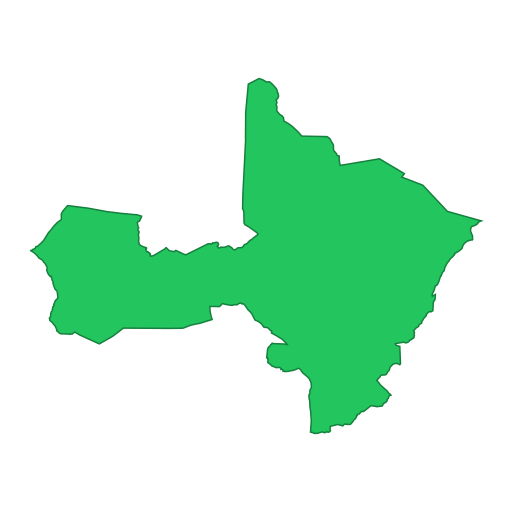 outline of Cherán, Michoacán, Mexico
{"feature_id": "50627088B24017538060106", "entity_name": "Cherán", "entity_type": "district", "adm_level": 2, "iso_a3": "MEX", "parent_name": "Mexico", "parent_adm1": "Michoacán", "projection": "orthographic", "projection_center": [-101.993, 19.739], "detail": "fine", "context": "isolated", "style": "filled", "palette": "green", "viewbox_px": 512, "rotation_deg": 0, "n_neighbors": 0, "source": "geoboundaries", "source_scale": "gbopen_adm2", "svg_char_len": 6017}
<svg xmlns="http://www.w3.org/2000/svg" viewBox="0 0 512 512"><path d="M310.5,432.1L311.5,432.4L312.5,432.4L313.6,433.2L314.9,433.5L316.1,433.3L317.7,433.3L321.6,432.0L322.9,432.1L324.4,432.7L325.5,432.5L326.6,431.8L328.1,432.2L329.0,432.1L329.9,431.5L330.4,430.7L330.0,428.7L330.3,427.1L330.2,426.5L330.9,426.2L337.7,424.5L342.8,425.9L344.4,424.1L349.4,424.5L350.8,424.0L352.8,421.7L354.0,419.7L355.1,419.0L355.7,418.3L356.0,417.4L356.5,416.9L356.6,415.6L357.2,415.5L357.5,414.6L357.8,414.6L358.2,414.1L359.4,413.9L360.6,412.3L362.1,411.3L363.1,411.6L364.3,411.0L370.9,405.7L375.7,406.4L376.8,406.7L382.3,406.0L383.3,403.8L385.7,402.3L386.6,401.5L387.1,400.8L387.0,399.8L388.2,398.5L389.1,396.1L389.9,395.4L390.9,395.2L390.1,394.1L388.3,392.8L387.6,391.4L380.2,384.8L379.6,383.7L376.7,380.2L377.5,379.7L378.5,378.3L380.1,376.9L380.6,375.7L380.9,375.4L382.5,374.9L383.9,375.1L386.2,374.5L387.9,371.6L389.0,370.6L390.2,367.1L393.2,364.0L395.5,363.5L397.3,363.5L399.8,364.7L400.5,363.8L399.8,346.3L398.6,346.1L396.2,345.3L395.4,344.3L395.3,343.6L403.7,342.2L405.2,342.8L406.6,342.8L408.8,341.7L409.9,340.1L410.9,339.9L412.1,339.0L412.3,338.5L413.7,338.1L414.4,335.5L414.0,334.7L414.0,334.2L414.4,333.5L414.4,332.7L414.3,331.9L413.8,331.3L413.8,330.6L416.3,327.8L418.4,326.6L418.7,326.1L418.8,325.2L420.6,323.7L421.6,323.2L421.9,321.2L422.6,320.5L423.5,318.7L425.9,316.1L426.2,315.5L426.4,314.4L428.5,312.1L429.4,311.7L431.1,311.8L432.9,310.7L433.2,303.4L433.6,301.5L434.8,300.1L435.1,298.5L435.4,294.5L432.3,296.2L432.1,295.1L432.5,293.7L434.5,289.4L434.6,288.1L435.5,285.9L437.1,285.0L437.8,283.9L438.9,281.3L440.3,276.9L440.6,276.3L441.3,275.8L441.4,275.1L442.4,272.5L444.2,270.6L444.7,268.1L445.1,267.0L447.1,263.2L448.8,261.2L450.3,258.9L450.9,258.2L451.9,257.5L454.1,255.1L454.6,254.3L454.7,253.5L458.8,251.2L460.8,249.6L462.1,248.3L462.8,245.8L464.4,243.4L467.1,241.2L470.9,240.0L472.3,240.0L472.7,239.4L472.5,238.2L472.6,236.2L470.7,231.4L470.5,230.4L470.9,228.0L471.4,227.0L472.4,226.3L474.4,225.7L476.9,224.3L479.1,221.7L481.3,220.9L447.4,211.4L422.8,185.2L401.7,177.1L404.4,173.7L379.5,158.8L340.2,165.4L339.4,161.4L339.1,155.9L337.9,155.8L337.0,155.3L336.4,153.6L333.8,150.6L333.5,149.6L333.5,146.1L333.1,144.3L331.6,141.9L329.9,138.7L329.1,138.0L327.0,136.6L301.8,136.1L298.3,132.1L292.0,126.2L288.3,123.5L283.8,121.0L283.7,119.3L283.4,117.5L281.9,115.7L279.5,114.2L276.7,110.7L277.0,106.6L276.1,105.2L276.2,104.2L276.8,103.1L276.9,102.2L276.1,99.8L277.7,98.5L278.6,96.2L278.1,93.5L277.1,91.2L277.0,90.1L276.2,88.5L272.3,84.1L269.7,81.9L268.4,81.7L266.7,82.1L263.2,80.0L259.1,78.5L248.3,84.1L245.7,112.4L245.5,138.1L245.6,140.2L242.9,193.9L242.6,208.7L243.4,210.3L243.9,212.3L244.0,222.7L244.4,223.7L245.0,224.7L248.8,226.9L256.8,232.6L258.0,234.1L257.1,235.2L254.9,236.7L251.8,239.4L249.7,240.6L246.9,243.7L244.4,244.6L243.6,245.6L243.5,246.5L242.6,246.9L241.9,247.6L238.2,247.8L237.1,248.2L236.1,249.3L234.7,249.9L232.9,249.2L231.5,247.4L230.9,247.4L229.1,245.9L227.8,246.0L224.5,247.3L220.4,247.2L219.7,247.9L219.2,248.1L218.3,247.8L218.0,247.1L217.2,246.3L218.2,245.5L218.6,244.4L218.4,243.6L217.8,242.6L217.2,242.4L216.4,242.3L215.8,242.6L215.2,242.4L213.9,243.0L212.5,242.8L211.9,244.1L209.6,243.7L207.7,243.9L206.7,244.5L186.3,254.6L185.6,254.7L183.8,254.2L175.9,250.4L175.5,250.5L175.3,251.0L173.9,251.6L169.7,250.8L169.2,250.6L166.4,247.8L165.9,247.7L164.9,248.9L153.7,255.5L152.6,255.9L150.3,256.1L150.0,254.9L150.4,254.4L150.4,253.9L149.5,253.0L148.1,252.1L147.8,251.6L147.0,251.8L146.2,250.9L145.8,249.2L146.4,248.8L146.5,248.1L146.4,247.8L145.8,247.4L145.3,247.5L141.7,246.1L139.2,244.4L139.1,242.9L138.7,242.1L138.6,241.0L138.8,240.0L138.9,237.8L138.4,235.4L138.7,233.6L138.5,233.0L139.1,232.2L138.9,231.2L138.1,230.5L137.9,230.0L138.0,229.0L138.7,227.9L138.0,226.7L137.9,225.5L137.4,223.4L137.5,222.3L138.1,221.6L139.4,221.2L140.5,219.2L141.6,216.4L141.2,216.0L137.0,214.8L121.5,213.4L107.4,211.7L87.7,208.1L67.6,205.6L62.9,211.0L61.2,214.2L61.4,216.8L61.3,219.6L57.2,222.6L54.1,225.8L50.6,230.3L48.5,232.6L43.5,240.6L41.1,243.1L37.4,246.4L36.5,246.7L36.1,246.5L35.0,248.5L33.8,249.1L33.2,249.2L32.6,249.6L32.2,250.4L30.9,250.3L30.7,250.5L31.2,251.0L33.4,252.2L35.3,253.8L37.2,255.7L39.0,258.1L41.8,259.7L42.8,260.6L43.6,262.1L44.7,263.1L45.4,264.1L47.0,267.0L47.1,269.2L46.7,270.0L47.7,272.9L48.4,274.3L49.9,276.2L51.3,276.3L51.2,277.5L51.8,278.0L51.9,279.8L53.0,281.6L53.1,282.3L53.0,283.4L54.7,288.4L55.1,289.2L57.1,291.2L57.9,297.4L56.5,299.9L55.8,300.0L55.4,300.4L54.7,302.4L53.7,304.4L53.7,304.7L54.2,305.5L52.9,306.7L52.2,310.6L51.1,312.3L50.7,314.0L50.6,316.5L49.4,318.2L49.9,320.6L52.3,322.4L53.4,324.1L55.0,325.8L56.9,329.9L56.7,330.7L58.5,332.4L60.5,333.8L68.0,334.0L70.6,334.3L71.3,333.8L72.4,334.0L74.7,332.0L79.5,334.9L99.3,343.9L112.7,336.3L123.4,328.1L169.7,328.4L183.0,328.2L190.8,325.2L195.5,324.1L199.6,323.4L212.2,319.5L211.1,316.4L210.0,310.6L209.9,306.4L219.5,306.6L222.5,303.6L226.5,304.6L231.8,305.4L234.9,304.6L236.9,304.9L238.4,303.8L240.2,303.1L241.0,303.1L241.8,303.9L242.8,303.8L243.7,304.0L245.2,305.6L248.1,309.9L250.3,311.9L251.9,314.0L255.0,320.1L258.1,321.3L260.5,323.1L261.5,323.9L264.0,327.3L267.3,327.6L268.1,328.0L270.6,330.6L271.7,330.9L271.5,333.0L276.4,335.7L282.7,339.6L283.6,340.8L284.6,341.5L287.3,344.5L286.5,344.7L285.7,344.2L284.1,344.0L273.4,343.6L272.4,343.2L271.9,343.4L271.3,344.4L270.5,344.9L269.8,346.1L268.2,347.5L267.5,349.9L266.7,357.8L267.5,357.9L267.5,358.5L267.8,358.8L267.8,359.3L268.1,359.4L267.8,362.0L267.9,362.7L268.3,363.0L269.0,363.2L271.8,365.9L276.3,367.7L279.2,367.4L280.8,368.2L280.9,369.5L282.5,369.4L282.9,370.1L283.0,371.2L284.3,371.2L284.7,371.6L288.8,371.3L289.4,370.9L291.3,370.8L294.5,370.0L298.2,368.4L299.1,368.5L300.3,369.4L302.5,372.5L303.6,373.6L307.9,377.2L309.1,378.6L310.0,380.3L311.0,382.6L311.3,384.8L311.3,387.9L310.4,389.2L309.8,390.9L310.1,393.0L309.1,394.6L308.9,396.1L309.3,399.5L309.7,400.8L310.0,407.4L310.6,411.1L311.3,420.8L310.5,432.1Z" fill="#22c55e" stroke="#15803d" stroke-width="1.5"/></svg>